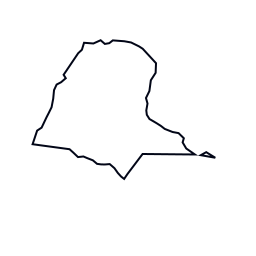 São Francisco, Paraíba, Brazil (orthographic projection), rotated 38°
{"feature_id": "56859067B77351971445898", "entity_name": "São Francisco", "entity_type": "district", "adm_level": 2, "iso_a3": "BRA", "parent_name": "Brazil", "parent_adm1": "Paraíba", "projection": "orthographic", "projection_center": [-38.051, -6.637], "detail": "fine", "context": "isolated", "style": "outline", "palette": "ink", "viewbox_px": 256, "rotation_deg": 38, "n_neighbors": 0, "source": "geoboundaries", "source_scale": "gbopen_adm2", "svg_char_len": 887}
<svg xmlns="http://www.w3.org/2000/svg" viewBox="0 0 256 256"><g transform="rotate(38 128 128)"><path d="M156.3,170.5L155.9,164.5L155.5,139.5L197.0,107.7L186.5,108.3L179.9,105.7L178.3,101.7L171.0,100.9L165.6,103.7L157.5,106.1L152.7,106.1L146.8,106.7L139.4,107.7L134.7,106.0L131.6,102.9L128.3,96.7L123.7,93.3L122.1,85.7L116.6,76.3L115.8,67.5L110.2,59.7L90.8,56.5L86.4,56.9L77.8,58.7L71.7,61.9L62.1,68.3L61.0,72.7L58.0,76.0L52.4,75.7L48.7,82.7L40.9,87.9L43.5,94.7L42.7,99.7L44.5,125.7L48.3,127.1L47.1,133.1L45.0,137.7L46.4,143.7L51.0,150.9L55.0,158.7L56.4,165.5L57.2,169.7L59.7,180.9L58.0,186.0L62.8,199.5L69.7,195.5L95.0,180.7L100.5,181.1L106.5,181.7L110.4,177.9L114.2,176.9L120.2,175.1L125.7,175.3L129.1,173.3L132.1,171.1L135.8,167.7L142.0,168.0L147.7,169.7L152.5,170.5L156.3,170.5ZM215.1,97.7L204.5,98.9L202.1,104.6L215.1,97.7Z" fill="none" stroke="#020617" stroke-width="2"/></g></svg>